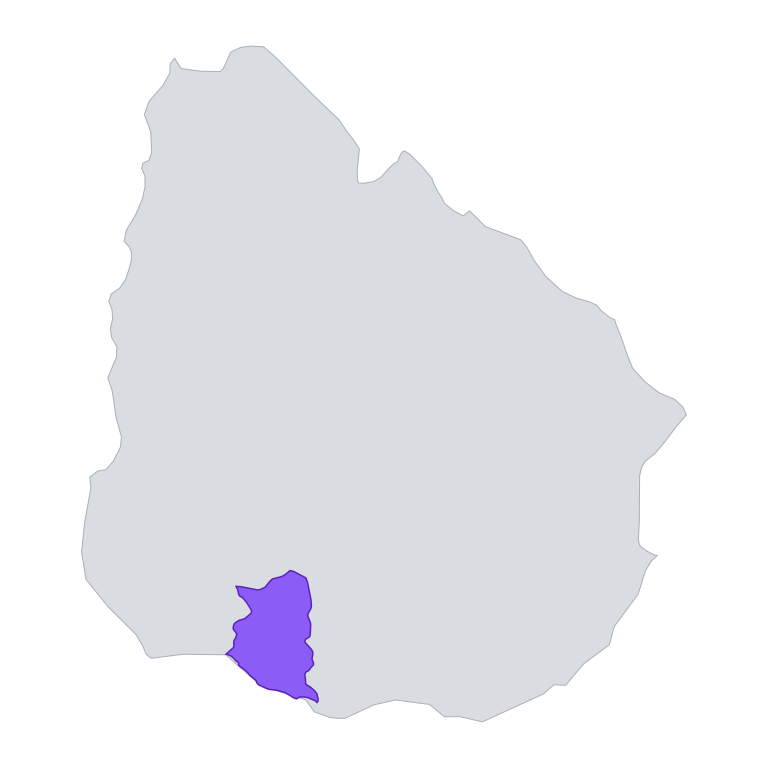 San José highlighted on a map of Uruguay
{"feature_id": "URY-5", "entity_name": "San José", "entity_type": "Department", "adm_level": 1, "iso_a3": "URY", "parent_name": "Uruguay", "parent_adm1": "", "projection": "natural_earth1", "projection_center": [-56.713, -34.322], "detail": "fine", "context": "in_parent", "style": "filled", "palette": "violet", "viewbox_px": 768, "rotation_deg": 0, "n_neighbors": 0, "source": "natural_earth", "source_scale": "10m", "svg_char_len": 3726}
<svg xmlns="http://www.w3.org/2000/svg" viewBox="0 0 768 768"><path d="M657.2,555.5L651.6,560.7L645.5,570.5L638.2,594.0L614.3,626.4L609.3,644.7L583.7,663.8L565.6,685.3L553.9,684.8L543.2,694.0L482.3,721.9L460.5,716.7L444.4,716.7L429.4,704.4L395.2,700.0L373.7,704.9L344.8,718.4L336.2,718.2L329.9,717.5L314.3,711.9L305.8,699.9L261.4,686.1L225.7,654.8L183.4,654.2L151.1,658.3L146.1,654.1L142.8,646.1L136.0,634.5L108.1,606.8L86.0,579.3L81.6,552.3L84.5,522.9L90.9,488.1L89.7,477.2L97.8,471.0L105.8,469.8L113.5,460.8L120.4,447.2L121.5,436.9L116.1,417.8L112.3,391.1L107.8,377.8L116.6,356.9L116.9,346.7L111.7,337.7L110.3,328.5L112.6,319.1L112.1,310.0L108.8,301.2L111.3,294.0L119.4,288.3L125.5,279.6L129.5,267.8L131.6,258.8L131.6,252.5L129.1,246.7L124.1,241.2L126.4,230.2L136.1,213.8L142.3,199.2L145.1,186.5L144.9,176.2L141.6,168.4L143.0,163.1L149.0,160.4L151.7,152.1L150.7,131.6L144.4,114.7L149.1,101.2L162.7,85.7L169.8,73.2L170.3,63.7L174.6,58.2L181.1,68.5L200.5,71.2L219.9,71.6L223.1,69.0L230.7,52.1L240.8,47.3L251.8,46.1L263.8,46.9L276.5,58.1L312.6,94.6L339.1,119.9L347.2,131.8L354.2,140.8L359.4,149.1L357.2,170.8L357.5,180.3L358.7,183.0L364.7,183.2L373.7,181.6L381.3,177.0L387.2,170.1L393.0,164.4L397.7,161.4L399.4,156.8L402.1,152.0L404.8,151.0L410.1,154.5L422.4,166.9L431.9,178.4L434.2,184.9L437.9,191.7L441.8,197.7L444.6,203.5L453.9,211.0L463.3,215.8L469.6,210.9L485.6,226.7L520.8,239.8L527.2,247.8L533.3,259.1L545.5,276.2L562.5,291.6L576.2,298.1L589.3,301.8L596.7,305.2L601.6,311.1L609.6,317.4L614.7,319.8L616.4,325.5L621.5,337.9L626.8,353.6L632.6,368.2L645.3,382.2L659.6,393.1L674.5,399.3L682.9,407.0L686.4,414.9L676.2,426.7L665.1,441.5L655.3,453.2L645.3,461.3L641.9,466.9L639.6,475.6L639.3,521.7L638.4,538.8L639.0,543.4L640.4,546.4L646.7,551.0L654.1,554.8L657.2,555.5Z" fill="#d9dde1" stroke="#a8b0b8" stroke-width="1"/><path d="M317.0,702.5L315.7,701.0L313.4,700.0L307.5,697.5L303.3,696.9L299.3,697.1L296.9,698.8L295.1,698.5L293.3,697.6L289.1,694.9L287.1,693.9L285.1,692.6L277.5,690.4L268.2,689.2L259.3,685.2L257.4,683.8L255.9,680.4L254.1,678.7L250.4,675.9L247.7,672.8L245.3,670.4L243.2,668.7L240.2,666.8L238.5,665.2L238.7,663.3L238.0,662.4L236.3,661.2L235.6,660.6L233.5,658.1L231.4,656.3L227.8,654.6L226.0,654.2L233.0,648.0L233.4,647.5L233.8,646.6L233.9,645.3L233.8,642.5L233.9,641.0L234.6,639.5L235.2,638.7L235.8,637.6L236.6,634.7L236.7,633.7L236.2,632.9L234.0,630.2L233.6,629.6L233.3,629.0L233.2,628.1L233.3,626.9L233.7,625.1L234.2,624.0L234.7,623.3L237.4,621.3L239.2,620.3L244.0,618.9L244.9,618.5L245.4,618.1L250.4,613.9L251.2,612.9L251.4,612.6L251.6,612.2L251.6,611.8L251.5,610.9L250.9,609.4L246.7,602.6L243.0,598.1L242.2,597.4L240.2,596.4L239.7,596.0L239.1,595.2L238.6,594.0L237.7,589.8L236.1,586.4L241.0,586.7L257.4,589.9L258.7,589.8L260.3,589.4L263.1,588.3L264.4,587.6L265.3,587.0L270.0,581.1L271.9,579.4L272.2,579.2L272.7,578.9L280.5,576.9L283.1,575.9L285.4,574.4L290.0,570.6L293.5,571.4L305.9,577.9L307.5,582.5L310.9,599.3L311.4,605.1L311.3,606.6L311.1,607.8L310.9,608.5L308.4,613.0L308.1,613.8L307.8,614.8L307.8,615.7L308.0,616.4L310.1,621.8L310.6,623.9L310.7,625.2L310.2,634.5L310.0,635.8L309.7,636.5L309.3,637.0L308.8,637.4L306.6,638.6L306.0,639.1L305.4,639.8L305.0,641.0L304.9,641.9L305.2,642.5L311.4,649.4L312.0,650.3L312.8,652.1L312.8,654.7L312.1,658.1L312.0,659.1L312.1,659.7L312.5,660.4L312.9,661.3L313.5,663.2L313.5,664.4L313.2,665.2L311.3,667.1L310.4,668.2L309.7,669.4L309.3,670.0L308.8,670.4L308.2,670.8L306.9,671.5L306.1,672.0L305.3,673.1L305.0,674.0L304.8,675.0L305.5,678.9L305.6,682.7L305.8,683.7L306.2,684.4L306.8,684.9L310.4,687.1L314.5,690.7L316.2,692.8L317.0,694.2L318.1,699.1L318.1,700.1L317.9,701.3L317.6,701.8L317.0,702.5L317.0,702.5Z" fill="#8b5cf6" stroke="#5b21b6" stroke-width="1.5"/></svg>